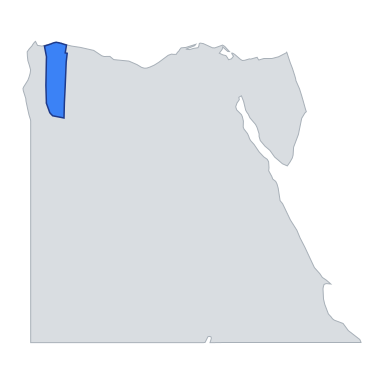 location of Sidi Barani, Matruh, Egypt
{"feature_id": "37247803B34514127980105", "entity_name": "Sidi Barani", "entity_type": "district", "adm_level": 2, "iso_a3": "EGY", "parent_name": "Egypt", "parent_adm1": "Matruh", "projection": "mercator", "projection_center": [25.953, 30.453], "detail": "fine", "context": "in_parent", "style": "filled", "palette": "blue", "viewbox_px": 384, "rotation_deg": 0, "n_neighbors": 0, "source": "geoboundaries", "source_scale": "gbopen_adm2", "svg_char_len": 3802}
<svg xmlns="http://www.w3.org/2000/svg" viewBox="0 0 384 384"><path d="M361.0,342.5L351.8,342.5L342.7,342.5L333.6,342.5L324.5,342.5L315.4,342.5L306.3,342.5L297.2,342.5L288.1,342.5L279.0,342.5L269.8,342.5L260.7,342.5L251.6,342.5L242.5,342.5L233.4,342.5L224.3,342.5L215.2,342.6L210.0,342.6L210.9,339.9L211.4,338.0L210.8,336.7L209.0,336.4L207.9,336.8L205.1,342.4L203.7,342.6L200.5,342.6L189.9,342.6L179.3,342.6L168.7,342.6L158.0,342.6L147.4,342.6L136.8,342.6L126.2,342.6L115.6,342.6L105.0,342.6L94.4,342.6L83.8,342.6L73.2,342.6L62.6,342.6L52.0,342.6L41.3,342.6L30.7,342.6L30.7,335.8L30.7,329.1L30.7,322.3L30.7,315.6L30.7,308.8L30.7,302.0L30.7,295.2L30.7,288.4L30.7,281.6L30.7,274.7L30.7,267.9L30.7,261.0L30.7,254.2L30.7,247.3L30.7,240.4L30.7,233.5L30.7,226.6L30.7,219.6L30.7,212.7L30.7,205.7L30.7,198.7L30.7,191.8L30.7,184.7L30.7,177.7L30.7,170.7L30.7,163.7L30.7,156.6L30.7,149.5L30.7,142.4L30.7,135.3L30.7,128.2L30.7,121.1L30.5,119.7L29.0,114.9L27.6,108.7L26.0,101.1L25.8,98.6L23.3,90.7L23.0,88.5L23.7,86.9L27.9,80.2L29.1,77.0L30.2,73.1L30.6,69.9L29.3,65.1L27.9,60.7L27.4,56.3L27.2,51.8L29.3,48.8L31.9,46.0L32.9,44.3L34.4,42.3L35.5,41.4L37.5,45.4L41.9,46.1L56.1,42.5L71.8,46.1L80.4,47.4L93.7,50.4L101.8,55.8L104.0,56.5L109.9,56.4L113.7,59.6L128.9,61.1L137.0,64.6L141.6,67.4L144.4,68.2L146.8,68.1L150.1,67.0L154.3,65.1L158.8,62.3L168.2,55.3L171.5,54.1L173.7,54.4L176.3,54.3L177.4,52.4L178.8,51.1L179.7,49.6L181.1,47.9L186.0,47.4L195.8,44.3L194.7,45.7L185.8,49.2L189.6,49.6L193.5,48.4L198.0,47.7L198.8,46.2L199.3,43.5L200.2,43.1L203.3,43.6L212.5,47.8L214.8,47.9L221.2,45.6L222.6,45.1L224.7,46.4L229.5,51.6L227.8,51.5L222.7,47.0L222.2,49.3L219.3,53.2L223.0,54.9L225.9,55.6L227.5,57.8L228.5,59.7L231.4,58.9L233.5,56.2L232.4,54.7L231.7,53.2L232.6,53.1L234.7,54.4L240.5,59.4L242.4,60.5L244.7,60.3L249.4,58.9L250.7,59.1L257.1,57.3L257.8,58.6L258.8,60.0L263.9,58.5L272.0,58.5L278.5,56.8L286.1,52.9L286.7,52.2L287.1,53.2L288.0,56.0L290.3,62.9L292.4,68.3L294.8,75.8L295.6,78.6L295.9,80.6L299.5,88.8L301.6,95.5L303.2,101.0L305.4,108.9L306.3,111.7L304.8,113.1L301.7,118.3L298.4,134.5L293.6,147.2L293.1,155.1L292.3,158.0L290.1,161.9L287.3,165.9L282.5,163.8L274.6,157.0L269.9,150.4L265.0,146.2L260.3,140.6L259.1,136.5L259.1,133.9L257.1,127.5L255.6,124.5L249.9,117.8L248.2,114.1L247.0,112.5L245.7,110.2L243.6,101.4L241.4,95.8L238.8,97.3L239.3,99.7L237.0,103.0L235.7,106.8L236.7,109.9L241.4,114.6L242.3,116.6L243.4,121.1L243.2,127.1L244.0,129.1L247.5,133.6L248.7,136.3L249.5,138.6L250.6,140.6L254.1,144.5L259.1,151.9L263.8,156.9L267.2,159.3L268.6,161.7L269.0,167.8L268.7,170.8L271.7,176.3L272.8,179.1L275.7,181.4L277.0,184.0L278.2,188.2L280.1,200.7L282.6,203.7L290.4,220.0L296.9,230.3L300.1,238.0L304.9,247.3L314.4,267.6L320.0,273.9L322.3,277.4L326.3,280.1L330.8,284.0L326.5,283.6L325.5,283.8L324.0,284.5L323.3,286.9L323.0,288.8L323.5,299.0L324.7,304.2L328.4,314.0L331.1,316.9L332.5,318.8L334.4,320.2L343.1,323.5L348.3,330.6L359.8,339.5L360.9,342.0L361.0,342.5Z" fill="#d9dde1" stroke="#a8b0b8" stroke-width="1"/><path d="M66.5,45.0L65.8,44.8L65.5,44.7L65.3,44.6L65.1,44.6L64.8,44.5L64.7,44.4L64.3,44.4L64.1,44.3L63.8,44.2L63.4,44.1L63.2,44.0L63.0,43.9L62.7,43.8L62.2,43.7L61.7,43.5L61.6,43.4L61.3,43.4L61.2,43.3L60.9,43.2L60.6,43.2L60.2,43.1L59.8,43.0L59.7,42.9L59.4,42.9L59.2,42.9L58.8,42.8L58.7,42.7L58.3,42.7L58.0,42.6L57.7,42.6L57.4,42.5L57.0,42.4L56.7,42.4L56.1,42.2L55.9,42.3L55.4,42.5L54.9,42.5L54.3,42.7L53.9,42.8L53.4,42.9L53.2,43.0L52.4,43.3L52.0,43.4L51.7,43.6L51.1,43.9L49.8,44.3L49.0,44.6L48.3,44.8L47.8,45.0L47.1,45.2L46.4,45.4L46.1,45.5L45.8,45.7L45.4,45.8L45.1,45.9L44.8,45.9L44.4,46.0L46.5,56.9L46.4,59.0L45.9,85.6L46.4,102.9L46.3,103.0L49.8,112.7L51.2,114.3L52.7,115.8L64.0,118.0L64.4,102.5L65.2,86.0L66.2,62.0L67.2,53.3L65.2,52.9L66.5,45.0Z" fill="#3b82f6" stroke="#1e3a8a" stroke-width="1.5"/></svg>